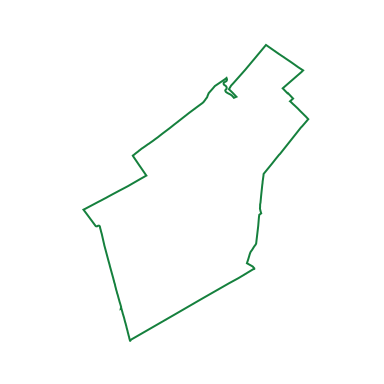 outline of Armasesti, Ialomita, Romania, rotated 188°
{"feature_id": "2599482B46256355361374", "entity_name": "Armasesti", "entity_type": "district", "adm_level": 2, "iso_a3": "ROU", "parent_name": "Romania", "parent_adm1": "Ialomita", "projection": "orthographic", "projection_center": [26.604, 44.779], "detail": "fine", "context": "isolated", "style": "outline", "palette": "green", "viewbox_px": 384, "rotation_deg": 188, "n_neighbors": 0, "source": "geoboundaries", "source_scale": "gbopen_adm2", "svg_char_len": 3676}
<svg xmlns="http://www.w3.org/2000/svg" viewBox="0 0 384 384"><g transform="rotate(188 192 192)"><path d="M255.7,219.8L255.5,219.5L255.1,219.0L247.2,210.3L246.9,210.0L239.5,201.9L239.8,201.7L241.7,200.2L245.1,197.6L256.1,189.0L260.1,186.1L264.3,183.1L268.0,180.4L269.8,179.1L274.4,175.7L276.1,174.4L276.5,174.1L277.8,173.2L280.8,171.0L283.4,169.2L287.8,166.0L294.3,161.3L295.1,160.7L297.0,159.4L296.4,158.8L294.3,156.7L292.9,155.3L282.7,144.9L282.4,144.8L282.2,144.7L281.7,144.7L281.4,144.8L281.1,145.0L280.9,145.0L280.5,145.4L280.1,145.6L279.6,145.7L279.4,145.7L279.0,145.6L278.8,145.4L278.6,145.2L278.4,144.9L278.3,144.6L278.0,143.8L277.7,142.9L277.4,142.4L277.1,141.6L276.9,141.1L276.5,140.1L276.2,139.4L275.6,138.1L272.8,130.7L271.6,127.6L271.5,127.2L269.4,122.3L265.3,112.6L263.6,108.7L262.8,106.7L260.8,102.1L259.9,100.0L258.1,95.9L257.3,93.9L256.8,92.9L256.8,92.7L256.4,91.7L256.0,90.9L255.8,90.5L255.4,89.6L255.0,88.4L254.6,87.4L254.2,86.5L254.0,86.0L253.5,84.7L252.7,83.0L252.3,82.0L252.0,81.2L251.5,80.3L250.8,78.7L250.1,77.0L249.2,75.0L248.3,72.9L247.7,71.7L246.5,69.0L246.2,68.4L246.2,68.0L246.3,66.4L245.7,66.8L244.8,64.7L244.2,63.4L243.7,62.1L242.7,60.0L242.4,59.3L242.0,58.5L241.7,57.8L241.1,56.3L240.2,54.1L239.4,52.4L238.8,50.9L238.5,50.3L237.8,48.4L237.3,47.3L236.9,46.3L236.4,45.2L236.2,44.5L235.9,43.8L235.3,42.4L235.0,41.6L234.7,40.9L234.2,39.8L234.0,39.3L233.7,38.4L233.4,37.7L233.2,37.3L233.1,37.1L233.0,36.8L232.8,36.3L232.7,36.1L232.4,36.1L232.1,36.7L231.9,37.1L231.7,37.4L230.3,38.5L229.0,39.5L191.4,68.8L170.1,85.5L161.2,92.4L142.6,106.8L134.1,113.1L120.7,124.0L119.7,124.4L119.6,124.5L119.7,125.1L120.2,125.5L121.4,126.6L122.3,127.0L127.7,129.1L127.0,132.9L126.5,136.1L126.2,138.3L125.8,140.2L125.5,141.1L124.4,143.1L123.2,145.9L122.5,147.3L121.8,148.5L121.3,149.8L121.7,167.6L122.2,176.4L122.2,178.8L120.5,180.5L121.4,182.4L122.4,185.0L122.5,186.7L122.8,189.1L122.7,191.1L123.0,197.3L123.1,199.9L123.2,202.9L123.3,206.0L123.4,208.7L123.4,210.8L123.5,211.9L123.5,212.6L123.5,218.1L123.6,219.8L123.1,220.7L122.0,222.5L116.6,231.4L113.7,236.4L110.8,241.2L110.3,241.7L96.8,264.7L93.2,270.9L92.0,272.5L87.0,280.3L88.6,281.6L90.2,282.9L90.4,283.0L94.7,286.2L94.8,286.3L95.4,286.7L99.1,289.6L103.2,292.5L103.3,292.5L107.3,295.4L107.5,295.5L104.9,298.6L110.8,303.3L111.1,303.0L116.6,307.3L104.1,321.7L100.0,326.4L98.9,327.9L102.6,329.6L104.5,330.5L111.6,334.2L125.4,340.9L139.2,347.9L156.3,320.4L166.2,305.5L168.1,302.8L169.7,298.9L165.7,296.0L162.2,293.2L161.3,292.5L163.6,291.1L164.1,291.6L164.7,292.0L165.8,293.0L167.1,293.7L168.1,294.1L169.6,294.6L170.7,295.0L171.7,295.5L172.3,295.8L172.6,296.1L172.8,296.4L173.0,296.9L173.2,297.3L173.1,297.6L172.2,299.0L172.1,299.8L172.3,300.5L172.6,301.0L173.1,301.5L173.5,301.9L174.3,302.2L174.8,302.4L175.3,302.8L175.5,303.0L175.7,303.4L175.8,303.8L175.8,304.2L175.8,304.6L175.7,304.8L175.1,305.2L174.7,305.6L174.1,306.1L173.7,306.3L173.4,306.6L173.1,307.2L173.0,308.1L173.1,308.6L173.4,309.1L173.7,309.7L174.9,308.4L184.1,300.1L185.8,297.4L189.3,292.1L189.5,291.0L189.9,289.7L190.1,288.5L190.2,288.1L190.3,287.7L191.0,286.6L191.6,285.4L192.1,284.4L192.5,283.8L192.8,283.2L193.0,282.8L193.3,282.5L193.5,282.2L193.8,281.8L194.2,281.4L194.4,281.2L198.1,277.6L205.8,270.0L213.3,262.2L219.2,256.1L220.9,254.3L222.7,252.4L226.5,248.6L227.5,247.6L227.9,247.2L229.3,245.8L232.0,243.0L233.4,241.5L235.6,239.4L237.7,237.3L240.5,234.7L241.3,233.9L242.2,233.2L244.6,230.9L247.1,228.6L247.3,228.5L247.7,228.1L248.1,227.7L248.3,227.5L248.8,227.0L249.3,226.4L249.6,226.1L250.0,225.8L250.3,225.4L250.9,224.7L251.8,223.8L253.1,222.5L255.0,220.4L255.4,220.1L255.7,219.8Z" fill="none" stroke="#15803d" stroke-width="2"/></g></svg>